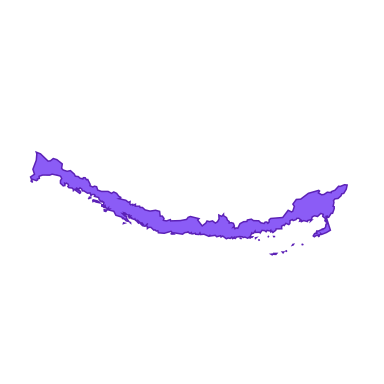 outline of Comarca Kuna Yala, Kuna Yala, Panama, rotated 162°
{"feature_id": "35544464B26872392116911", "entity_name": "Comarca Kuna Yala", "entity_type": "district", "adm_level": 2, "iso_a3": "PAN", "parent_name": "Panama", "parent_adm1": "Kuna Yala", "projection": "albers", "projection_center": [-78.308, 9.061], "detail": "fine", "context": "isolated", "style": "filled", "palette": "violet", "viewbox_px": 384, "rotation_deg": 162, "n_neighbors": 0, "source": "geoboundaries", "source_scale": "gbopen_adm2", "svg_char_len": 6099}
<svg xmlns="http://www.w3.org/2000/svg" viewBox="0 0 384 384"><g transform="rotate(162 192 192)"><path d="M42.3,150.7L44.7,151.8L49.2,151.5L50.8,152.2L55.5,149.5L59.4,149.3L59.8,148.4L63.4,150.0L67.2,148.9L69.5,149.3L72.1,152.1L70.4,153.5L71.0,154.4L81.7,154.8L90.9,151.6L95.1,152.7L99.8,149.3L99.1,146.7L102.0,142.7L103.5,142.3L106.2,144.9L113.6,139.7L125.3,142.5L127.2,141.7L128.0,139.6L129.5,138.8L130.1,140.3L131.7,140.8L133.2,139.8L136.1,141.5L137.4,144.0L142.4,145.8L143.9,147.8L148.0,148.3L148.9,147.0L152.1,147.8L156.1,147.1L159.7,143.4L161.1,144.2L162.5,143.8L162.6,145.4L163.9,145.6L162.2,146.6L162.3,149.4L164.2,150.8L166.2,151.0L165.8,152.5L167.0,154.2L167.1,157.0L169.3,159.7L168.9,161.1L171.3,159.6L173.6,161.8L174.6,158.0L176.9,155.9L179.4,155.2L181.4,158.2L184.5,158.4L186.7,159.8L188.4,158.2L192.8,156.6L195.3,163.6L193.6,164.5L201.1,169.2L203.5,169.1L205.6,167.6L211.9,168.4L221.2,171.1L221.1,172.4L225.3,172.4L228.0,173.9L226.8,175.5L227.7,178.3L229.7,178.9L228.8,183.6L232.3,185.9L237.8,186.8L242.2,189.5L243.9,192.6L246.2,193.4L246.2,194.7L250.3,196.0L249.6,197.8L252.3,197.6L252.2,198.6L254.3,198.8L254.8,199.9L253.9,202.0L255.6,201.8L257.5,204.6L263.5,208.2L261.8,208.2L261.4,208.9L263.0,210.7L264.1,214.0L266.4,216.2L269.0,215.6L271.6,218.5L277.9,220.5L281.1,223.0L281.1,226.5L283.0,227.7L284.8,227.4L287.1,229.5L286.5,230.8L287.3,236.1L288.6,236.3L289.2,238.6L290.9,239.2L291.7,238.2L294.2,239.7L295.4,241.8L298.1,243.1L298.4,245.4L301.0,249.9L304.4,250.3L307.7,252.7L308.7,254.7L306.7,258.8L310.5,264.5L313.6,266.7L317.0,265.4L319.3,265.8L324.3,275.1L327.8,278.0L327.8,276.2L330.3,270.3L336.3,262.8L336.3,257.6L340.9,256.2L340.7,253.5L341.7,252.0L340.6,250.4L340.9,252.3L339.8,253.4L336.5,250.9L335.2,251.2L335.1,252.1L333.0,252.1L332.6,254.2L328.9,254.3L322.0,252.0L319.5,252.2L315.6,249.9L315.1,250.5L315.4,249.8L312.5,248.0L311.9,246.6L311.8,244.9L313.6,243.5L314.4,241.0L312.6,237.6L310.9,237.4L310.4,239.7L309.6,238.9L308.6,239.2L307.4,237.7L307.4,236.3L308.4,235.6L307.7,234.1L304.9,232.9L303.8,231.0L302.1,230.6L302.1,229.4L299.2,225.4L298.2,225.8L298.0,227.3L301.3,230.8L300.6,231.4L298.7,229.6L297.2,230.6L295.9,228.8L296.0,227.0L294.4,226.4L291.8,223.2L289.2,222.5L289.2,219.7L288.4,220.6L285.8,219.9L285.2,218.8L286.1,218.0L282.5,215.6L282.6,213.6L281.6,211.4L280.5,211.1L280.9,209.8L280.1,210.7L279.0,209.3L280.1,207.1L281.7,207.8L282.2,206.4L280.0,205.2L278.9,205.8L279.0,204.8L280.2,204.4L277.9,202.9L277.7,202.0L278.6,201.8L277.8,201.6L276.5,202.5L276.9,201.6L275.9,201.3L277.2,200.9L272.3,197.8L271.6,193.4L266.5,189.8L266.3,188.3L266.1,188.1L265.9,188.6L265.4,188.6L264.4,186.6L263.4,186.6L264.0,186.2L263.5,184.9L261.2,183.5L262.4,187.2L261.8,188.8L263.3,190.0L264.8,192.9L262.6,191.7L263.1,193.3L262.3,192.8L261.5,191.7L262.2,191.0L258.9,189.6L259.9,188.7L259.7,187.0L259.2,188.5L257.6,188.1L259.3,186.6L257.4,186.2L257.7,185.5L255.0,183.5L254.6,183.9L254.4,182.4L252.4,181.8L250.7,178.6L249.1,178.1L248.5,176.4L250.4,177.1L249.4,175.2L247.2,173.9L243.7,175.8L246.3,174.2L245.2,173.2L245.7,171.1L244.2,171.7L242.0,171.1L240.1,167.5L239.0,167.5L238.0,165.9L236.5,165.7L236.6,163.6L231.1,161.3L224.1,161.1L223.4,159.5L224.7,158.7L224.2,158.2L222.4,157.7L223.2,158.8L221.9,158.8L214.0,154.8L211.5,155.6L208.3,155.0L207.9,155.9L208.1,154.9L206.6,153.1L205.2,153.6L205.0,152.1L201.6,151.7L201.6,150.7L198.5,149.4L197.1,150.6L197.0,148.9L193.6,148.1L189.6,144.6L188.3,144.7L188.5,146.0L188.2,144.5L183.3,143.6L182.3,141.8L178.3,141.6L178.3,140.2L176.4,140.6L173.8,136.9L171.8,137.1L170.0,136.0L168.1,136.8L167.9,135.1L167.2,135.1L166.2,135.9L165.9,135.9L166.4,135.4L165.2,134.4L163.6,135.4L160.6,135.0L157.8,133.8L157.5,132.9L155.6,132.8L153.3,130.8L150.3,131.8L147.8,134.5L147.6,133.8L146.0,133.8L144.0,135.4L144.0,133.9L140.0,132.7L139.8,132.0L137.3,133.9L134.8,132.8L133.8,131.3L132.5,132.3L129.8,130.8L129.0,131.2L129.3,129.7L128.1,130.0L127.6,128.5L124.2,129.7L123.4,130.9L118.0,129.3L117.4,131.8L115.2,132.3L114.7,131.6L112.4,133.2L110.0,131.1L108.7,131.8L107.6,134.5L105.2,134.8L104.6,133.6L101.6,133.6L100.5,134.5L98.6,134.0L96.7,131.2L97.9,131.8L98.6,131.0L97.3,130.9L97.2,130.0L94.6,130.3L91.3,128.2L90.8,129.1L86.9,129.0L85.3,131.2L82.7,131.5L80.2,129.9L76.1,131.8L74.1,130.2L75.2,128.5L73.3,125.4L74.5,123.6L74.1,122.6L73.2,123.2L73.2,120.1L74.5,120.0L75.7,117.5L77.2,116.4L79.2,116.5L78.7,115.4L79.5,116.3L84.1,115.8L85.3,116.4L86.6,114.8L85.2,114.1L88.2,114.6L90.3,112.8L89.5,111.6L87.4,112.2L82.3,111.7L82.3,112.5L81.7,111.6L76.7,111.9L72.2,112.9L72.1,127.4L70.8,127.3L70.8,125.9L69.9,125.7L66.1,128.8L64.9,128.3L61.9,132.2L61.3,134.1L62.2,134.8L60.2,138.3L60.1,140.1L58.1,141.3L55.1,140.7L51.4,142.4L50.2,144.0L48.1,143.8L44.4,147.0L42.3,150.7ZM280.0,200.1L278.6,201.0L281.0,202.3L281.3,201.0L280.0,200.1ZM286.5,212.2L282.9,210.1L283.3,211.1L285.4,213.2L286.3,213.0L286.5,212.2ZM287.4,213.1L285.6,213.3L288.4,215.1L289.1,214.4L289.1,213.5L287.9,214.0L287.4,213.1ZM292.8,217.5L290.9,217.8L291.1,218.6L292.8,217.5ZM252.5,178.9L251.5,179.2L253.2,180.5L252.5,178.9ZM134.0,107.7L132.7,107.2L133.1,108.3L134.0,107.7ZM104.0,108.2L102.5,107.4L103.0,108.1L104.0,108.2ZM131.7,107.8L131.2,106.9L130.4,107.4L131.7,107.8ZM124.6,107.0L124.2,106.0L123.4,106.6L124.6,107.0ZM267.0,183.2L265.7,183.2L266.6,183.8L267.0,183.2ZM128.1,124.3L126.7,123.9L128.1,124.5L128.1,124.3ZM136.0,108.4L135.3,107.6L135.0,108.2L136.0,108.4ZM85.8,110.3L84.6,110.8L84.6,111.2L85.0,111.2L85.8,110.3ZM145.9,128.3L145.0,128.7L145.8,128.8L145.9,128.3ZM112.9,110.4L112.2,110.4L111.6,110.9L112.2,111.0L112.9,110.4ZM259.9,182.0L260.6,182.4L260.0,181.5L259.9,182.0ZM151.8,130.8L150.8,130.2L150.3,130.4L151.8,130.8ZM290.5,217.8L289.5,217.5L290.6,218.2L290.5,217.8ZM120.9,106.8L120.2,106.0L120.5,106.9L120.9,106.8ZM132.9,126.3L133.8,125.4L132.5,126.5L132.9,126.3ZM87.8,128.3L88.2,127.7L87.1,128.2L87.8,128.3ZM142.9,124.9L142.9,125.7L143.6,126.2L143.2,125.6L142.9,124.9ZM149.2,130.9L148.8,130.4L148.3,130.7L149.2,130.9ZM304.4,229.9L304.0,230.0L304.2,230.9L304.4,229.9ZM159.3,132.2L159.8,132.9L160.2,133.0L160.0,132.7L159.3,132.2Z" fill="#8b5cf6" stroke="#5b21b6" stroke-width="1.5"/></g></svg>